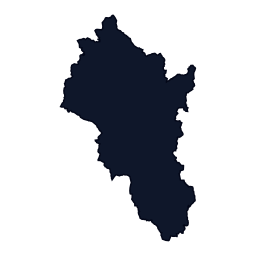 Thoen, Lampang, Thailand
{"feature_id": "78962969B16981445591053", "entity_name": "Thoen", "entity_type": "district", "adm_level": 2, "iso_a3": "THA", "parent_name": "Thailand", "parent_adm1": "Lampang", "projection": "orthographic", "projection_center": [99.304, 17.548], "detail": "fine", "context": "isolated", "style": "filled", "palette": "ink", "viewbox_px": 256, "rotation_deg": 0, "n_neighbors": 0, "source": "geoboundaries", "source_scale": "gbopen_adm2", "svg_char_len": 5781}
<svg xmlns="http://www.w3.org/2000/svg" viewBox="0 0 256 256"><path d="M188.0,224.5L187.9,223.4L188.2,223.1L187.9,220.5L187.2,219.8L187.4,217.8L186.8,216.1L187.0,214.1L186.7,212.0L186.8,210.7L187.6,210.1L188.1,208.9L188.0,207.9L188.5,207.6L188.0,206.6L188.4,205.6L189.7,206.6L190.5,205.7L190.9,204.6L193.4,202.5L193.7,201.7L194.9,200.9L195.1,200.1L194.7,198.3L194.7,195.9L194.0,194.8L193.6,191.3L192.8,190.6L193.1,189.0L192.7,187.2L192.1,186.8L189.9,186.5L188.4,186.8L187.9,185.6L186.1,184.4L185.5,183.1L184.7,183.0L183.9,180.3L180.8,180.3L180.4,180.0L179.1,173.7L179.9,172.8L180.3,170.7L183.0,169.9L183.3,169.4L183.5,165.7L183.1,165.4L182.1,165.6L181.1,165.3L178.9,162.6L177.2,162.7L176.1,160.7L175.1,160.2L176.2,158.1L176.2,157.5L175.1,157.1L172.8,154.3L172.5,153.1L172.9,151.5L173.4,151.1L174.5,150.6L175.6,150.7L175.7,149.5L176.7,148.2L176.3,146.8L176.3,145.5L176.9,144.7L177.3,143.3L177.1,142.6L176.4,141.9L176.7,141.6L176.6,141.1L177.0,139.5L177.6,138.8L177.3,137.5L178.1,137.0L179.2,137.2L180.5,136.7L182.9,134.7L182.8,133.4L180.9,130.3L180.8,128.8L180.2,127.6L180.5,126.0L181.0,125.6L180.9,125.1L181.8,122.8L180.3,122.0L179.8,120.8L178.1,121.2L176.8,121.0L175.4,120.6L175.3,120.0L174.7,119.3L175.6,118.2L175.3,117.4L175.5,116.1L176.2,115.0L176.9,114.5L176.9,113.8L177.7,113.5L177.5,112.9L176.9,112.9L176.6,112.4L176.6,110.6L177.3,110.0L177.5,109.0L178.6,107.8L183.1,107.6L183.8,108.2L183.9,109.8L184.9,110.2L185.8,111.2L187.6,111.4L187.2,109.8L187.4,109.2L187.2,108.4L187.9,107.9L186.1,106.5L186.5,105.1L185.5,104.6L185.8,103.7L185.3,103.0L186.2,100.7L185.5,96.0L186.0,95.5L186.4,92.7L188.0,92.7L189.1,91.6L191.8,90.0L192.3,89.3L192.7,89.2L192.5,88.4L192.9,87.1L193.8,86.5L194.5,85.6L194.1,83.7L193.6,83.4L193.2,81.8L192.6,81.4L192.6,80.7L192.7,80.2L193.3,79.7L193.3,79.1L194.1,78.7L193.6,74.7L193.8,72.4L194.8,70.4L195.4,68.2L194.8,67.4L193.9,66.9L192.8,65.4L190.9,65.5L190.1,66.8L189.2,67.2L189.2,68.2L188.1,68.7L188.0,69.7L188.8,70.4L188.1,72.7L187.3,73.8L186.1,74.7L185.1,74.8L183.8,75.4L182.8,75.1L180.6,75.1L179.8,74.4L177.5,74.5L175.4,76.5L173.0,77.8L172.2,78.9L171.3,78.7L168.7,80.9L167.6,81.1L166.5,81.9L166.5,81.2L167.2,78.7L164.7,77.0L164.4,75.9L164.8,75.1L164.1,74.0L165.7,73.0L166.1,70.5L164.2,70.5L163.3,69.0L163.2,66.8L164.2,66.1L163.9,64.7L164.6,64.1L164.0,62.6L164.1,61.3L164.6,60.9L164.6,59.8L164.3,59.0L163.4,57.9L162.3,57.2L161.7,55.7L161.3,55.4L160.4,53.6L159.7,53.7L157.9,55.2L156.9,55.0L155.1,53.5L154.1,53.4L153.0,53.9L152.2,53.7L151.1,54.5L148.1,55.2L146.8,56.4L146.3,56.2L145.2,55.1L144.7,53.4L143.5,52.5L142.6,52.6L142.2,52.3L142.7,49.7L141.9,49.7L141.3,49.1L140.0,48.7L139.3,48.0L138.2,48.2L137.2,47.8L134.1,45.8L132.6,43.6L131.2,42.0L130.2,38.6L128.1,37.6L127.6,36.5L126.6,36.3L126.3,35.6L123.9,34.4L123.5,33.0L121.8,32.5L120.4,30.8L118.3,30.2L116.9,28.7L116.6,27.8L116.8,26.5L115.9,23.5L116.5,20.7L114.9,17.6L113.3,15.4L112.4,15.4L111.2,16.5L111.1,17.5L110.7,17.8L109.6,17.6L108.7,18.0L106.0,17.7L105.3,18.3L104.8,19.7L102.3,22.7L102.9,26.2L102.7,28.5L101.9,29.5L101.4,29.8L97.0,29.4L95.9,29.7L95.0,30.7L96.5,33.7L96.6,34.8L97.7,35.4L98.2,36.9L99.5,37.8L99.2,39.0L98.1,39.1L98.0,39.4L98.6,40.0L99.8,40.1L99.7,41.6L97.6,42.0L96.6,41.7L94.9,42.3L93.5,40.5L91.2,40.6L90.1,39.2L87.5,38.0L85.2,39.6L84.2,38.7L83.4,38.6L81.4,39.5L79.6,39.6L77.5,40.7L79.3,43.8L79.6,47.3L80.6,47.9L81.9,47.8L81.7,50.0L82.6,51.1L84.2,52.2L84.2,52.7L83.2,53.8L84.4,54.1L84.5,54.4L83.7,55.4L81.1,54.8L80.1,55.6L80.0,56.6L80.3,58.3L80.1,59.2L79.5,60.6L77.9,62.0L78.5,63.2L77.9,64.3L76.4,64.4L74.3,63.9L71.8,65.3L71.2,67.7L71.4,69.0L71.0,71.0L71.6,71.9L71.7,72.7L71.2,74.7L72.4,75.5L72.6,76.5L70.6,78.4L68.8,78.4L66.9,79.7L65.7,80.1L65.7,81.0L65.3,81.8L65.2,82.9L64.6,83.4L65.5,87.1L65.4,87.4L64.3,88.0L63.9,90.7L64.1,93.4L64.5,93.8L64.9,96.1L64.8,96.9L64.2,97.5L64.6,98.5L63.6,100.8L63.7,102.1L62.3,103.2L60.6,106.6L62.0,107.1L63.5,106.8L64.0,107.1L65.2,108.7L66.1,108.4L67.4,108.7L67.2,110.0L67.7,110.6L68.2,110.7L68.0,111.6L68.5,111.9L68.9,112.0L69.8,110.8L70.9,110.6L72.2,112.0L73.5,112.1L75.1,112.9L77.6,114.8L79.6,115.3L80.6,117.3L83.8,119.2L87.5,120.2L88.0,120.1L88.5,120.7L89.0,120.6L92.3,121.5L96.7,125.2L97.2,126.9L98.3,127.9L99.1,129.6L100.0,130.9L100.6,131.0L101.9,133.1L100.7,134.9L98.8,136.5L98.3,137.2L98.2,138.1L99.3,138.9L98.9,139.7L95.3,140.2L95.5,141.1L96.3,141.4L96.7,142.5L99.9,143.9L99.1,145.2L99.2,146.2L99.0,148.6L98.3,149.6L98.1,151.6L98.5,152.3L100.0,153.4L100.2,154.1L99.2,157.4L98.1,159.8L98.2,160.4L100.6,160.5L102.9,161.9L104.2,162.3L104.5,162.9L104.2,165.2L104.9,165.9L105.1,166.6L106.1,166.9L106.9,167.9L108.2,168.4L109.1,168.4L109.8,169.0L110.2,170.1L110.2,172.0L111.3,173.8L111.1,176.0L111.6,176.9L111.5,178.1L112.1,179.8L114.3,176.6L115.6,175.1L116.2,174.8L119.5,175.8L120.9,175.1L122.1,175.2L123.5,174.4L125.0,174.9L126.7,174.8L128.2,175.4L129.9,176.6L131.4,182.8L130.8,184.4L130.1,187.9L129.9,190.7L130.1,193.3L130.4,193.9L131.9,194.0L132.2,194.3L132.2,197.4L131.8,199.2L133.8,202.2L134.8,203.2L134.9,205.7L137.0,205.8L137.4,207.3L138.2,208.1L138.3,210.2L139.4,211.5L138.4,212.0L138.6,213.8L139.8,216.6L140.1,218.1L142.1,219.3L143.4,219.1L144.1,219.5L145.8,219.4L146.8,220.6L147.6,220.2L148.8,220.7L149.9,220.6L150.9,220.1L151.8,220.3L151.7,221.4L152.3,222.4L153.6,223.2L154.4,224.2L155.5,224.4L156.6,225.7L157.6,226.4L158.1,228.7L159.0,229.7L159.4,230.8L160.1,231.4L160.7,232.6L161.7,232.9L161.3,233.5L161.1,235.4L161.5,235.9L162.5,239.1L165.8,240.3L168.6,240.6L169.1,240.2L170.9,235.7L172.2,236.2L174.0,236.3L175.9,236.1L176.9,236.5L177.2,235.9L176.7,235.0L176.5,233.8L177.5,234.0L178.5,233.6L179.0,232.5L179.6,232.0L180.7,232.0L182.0,233.2L183.0,233.1L183.2,230.8L184.5,229.7L184.9,228.6L184.6,227.6L183.5,225.3L184.2,225.0L185.5,225.7L186.5,225.7L187.5,225.4L188.0,224.5Z" fill="#0f172a" stroke="#020617" stroke-width="1.5"/></svg>